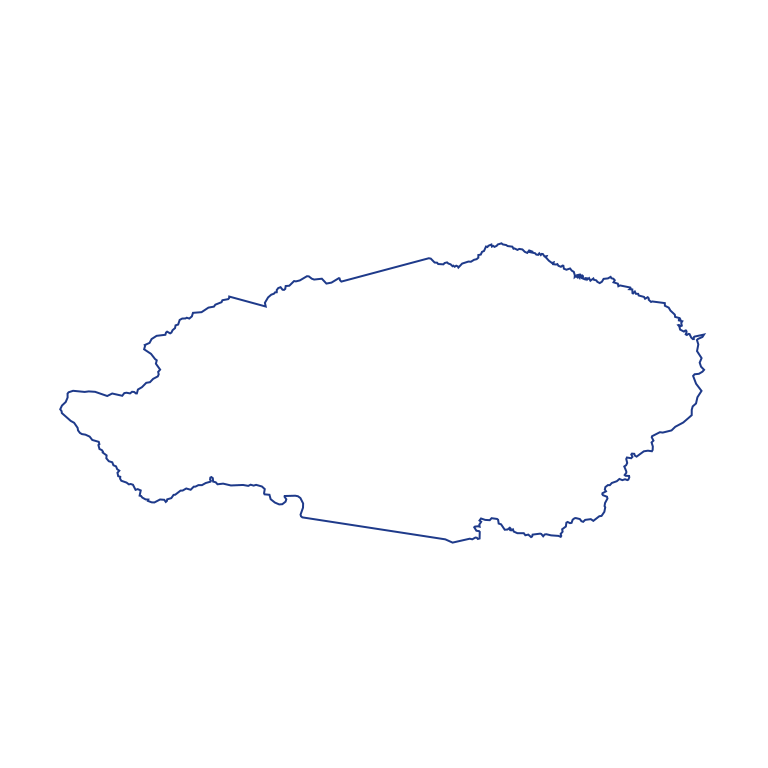 the district of Calobre, Veraguas, Panama, rotated 281°
{"feature_id": "35544464B72055613867107", "entity_name": "Calobre", "entity_type": "district", "adm_level": 2, "iso_a3": "PAN", "parent_name": "Panama", "parent_adm1": "Veraguas", "projection": "natural_earth1", "projection_center": [-80.825, 8.387], "detail": "fine", "context": "isolated", "style": "outline", "palette": "blue", "viewbox_px": 768, "rotation_deg": 281, "n_neighbors": 0, "source": "geoboundaries", "source_scale": "gbopen_adm2", "svg_char_len": 6149}
<svg xmlns="http://www.w3.org/2000/svg" viewBox="0 0 768 768"><g transform="rotate(281 384 384)"><path d="M544.5,472.5L542.7,469.1L541.1,468.2L539.7,466.3L540.4,464.8L539.5,463.7L541.4,462.8L539.6,460.1L538.2,459.4L538.4,457.9L533.7,456.8L532.4,455.0L529.5,454.3L528.6,452.0L526.0,452.5L524.2,451.1L523.1,448.7L520.6,446.0L520.3,443.5L517.1,437.7L512.5,434.8L513.5,434.0L513.9,432.3L512.6,431.0L513.4,429.5L512.7,428.8L514.2,426.5L514.5,424.2L515.4,422.7L514.3,420.4L512.8,419.5L512.1,414.3L513.2,413.0L512.9,410.5L516.0,406.0L516.0,404.0L476.4,322.6L477.4,321.1L479.2,320.2L479.3,319.5L473.5,313.1L471.6,308.3L475.5,302.9L473.2,295.5L473.6,293.0L475.3,289.7L475.1,287.8L469.6,281.6L467.9,277.9L467.9,276.1L462.4,272.3L461.4,268.8L458.5,268.9L457.3,267.9L457.2,266.4L459.3,264.0L458.0,261.9L455.8,260.8L453.6,261.2L453.2,259.6L451.6,258.7L450.2,256.3L446.9,253.7L441.0,251.6L437.5,253.1L440.3,215.4L438.9,215.6L437.6,214.9L435.4,209.4L433.3,208.9L429.7,203.3L427.5,202.3L425.5,197.1L419.7,191.2L417.4,182.9L413.7,182.5L411.1,180.4L411.4,177.7L410.4,176.5L409.8,173.5L407.9,171.2L403.1,170.6L401.8,168.2L399.0,168.2L396.5,166.2L393.9,165.5L392.9,164.4L394.0,161.1L392.9,160.2L390.6,160.0L387.9,151.6L383.8,147.3L379.6,146.0L376.6,141.7L376.0,142.2L372.3,141.9L369.1,149.6L364.8,154.5L363.9,156.4L360.4,156.2L355.4,161.5L352.8,160.0L350.5,161.0L348.3,160.5L345.0,156.4L341.1,153.9L339.8,150.4L334.7,147.0L331.6,143.5L327.6,143.2L327.4,142.3L328.5,140.3L328.3,138.2L326.3,136.5L326.3,132.9L325.5,130.8L322.5,129.3L322.8,119.0L319.4,114.6L321.2,101.9L320.4,95.6L319.1,91.7L318.0,80.1L315.7,76.0L314.2,75.2L310.4,76.0L305.6,75.0L301.4,72.0L297.4,71.0L295.8,72.7L294.0,73.3L288.0,83.5L286.8,87.2L282.5,91.6L280.1,92.5L278.0,94.8L277.2,97.0L277.3,100.6L276.2,105.1L273.4,108.3L272.8,115.0L270.6,116.1L269.6,115.3L265.9,117.1L265.3,119.6L264.0,121.0L263.1,120.9L261.0,125.3L258.1,125.6L255.7,128.6L255.3,132.2L252.6,133.9L252.0,136.7L249.5,138.3L248.4,140.7L246.0,139.3L242.8,140.7L242.6,142.8L240.7,143.0L238.9,144.6L238.1,150.1L236.8,152.7L237.5,154.4L237.2,156.8L232.7,160.3L233.8,162.3L233.1,165.5L227.8,165.4L227.7,166.9L226.4,168.4L225.2,172.0L225.6,174.7L224.2,174.5L223.5,178.5L223.9,181.2L227.9,186.2L228.4,190.4L226.6,192.3L227.8,193.2L229.4,193.2L231.4,197.0L235.0,198.6L235.5,200.2L240.5,204.6L241.0,206.7L243.7,209.8L243.3,214.4L246.9,216.8L247.3,218.5L249.3,221.1L250.0,224.6L252.8,227.9L255.0,232.3L255.9,232.6L257.0,231.5L259.0,231.4L259.7,232.3L258.9,233.9L255.6,234.9L255.4,237.6L253.8,239.7L255.5,245.1L255.2,253.1L258.0,264.9L258.1,270.2L259.7,272.3L259.4,275.4L260.6,277.7L260.1,283.7L258.1,287.0L253.9,287.1L252.9,287.8L253.4,292.7L249.3,294.7L246.8,299.5L245.8,304.1L246.6,307.1L249.7,309.8L252.2,310.1L254.3,307.9L255.1,307.9L257.4,318.2L257.4,320.9L256.1,323.7L251.3,327.4L247.1,328.1L239.9,327.0L238.3,327.8L237.5,329.3L243.2,473.8L241.4,481.6L248.5,497.7L248.4,500.3L250.7,503.0L250.8,504.4L249.8,505.7L250.6,507.3L257.1,506.2L257.7,505.4L257.6,502.7L260.6,499.9L261.4,500.5L262.3,503.5L262.2,505.1L264.2,504.4L267.3,505.7L268.2,503.8L270.5,504.9L269.9,509.2L270.5,513.8L272.8,515.2L273.1,520.7L272.5,521.9L268.9,523.2L268.6,525.7L264.0,530.3L264.7,533.0L266.9,534.9L266.3,535.8L265.2,535.2L264.6,535.8L264.7,537.1L265.9,538.3L263.9,539.5L263.0,543.4L264.2,549.7L262.5,551.6L263.7,554.4L261.8,557.6L262.6,558.5L264.5,558.6L266.9,565.8L266.8,567.0L264.9,569.3L266.9,570.4L267.5,572.0L267.3,576.9L268.2,584.3L267.7,586.6L268.7,587.0L270.5,586.0L273.1,587.5L275.4,586.6L278.8,589.7L282.7,589.5L283.6,590.6L282.9,593.1L283.5,594.6L286.8,595.1L288.5,596.6L289.0,597.8L288.8,602.0L287.0,604.0L286.7,605.8L289.0,607.4L290.8,612.8L289.6,615.6L295.3,620.6L296.0,622.7L300.6,624.7L305.2,624.7L306.2,623.8L309.4,623.7L314.2,625.2L315.9,624.4L316.6,620.2L317.5,619.3L318.5,619.3L321.0,622.4L322.6,620.9L325.1,621.0L327.5,623.1L327.8,625.0L330.3,626.5L333.0,631.1L335.7,633.2L335.1,636.3L336.5,638.8L336.1,641.2L336.7,642.1L339.2,642.6L340.5,642.1L340.0,638.6L340.6,637.6L343.1,638.8L344.5,638.5L348.9,635.6L350.5,637.2L352.9,637.8L356.6,636.1L358.2,636.5L358.3,640.8L359.9,641.8L362.0,640.2L363.0,640.7L363.2,643.0L361.6,643.9L360.9,645.8L367.5,651.9L368.9,655.8L369.1,659.8L370.6,660.3L374.0,659.8L377.7,657.8L379.8,659.3L382.8,657.0L383.9,657.1L389.3,664.0L389.5,666.9L393.3,675.1L397.6,678.1L403.3,685.1L412.1,692.0L417.4,691.0L420.9,691.3L424.4,694.0L430.8,694.2L437.8,697.0L443.8,690.3L450.9,685.9L452.8,687.0L454.1,691.2L456.9,694.3L459.0,695.5L461.5,691.9L465.2,689.8L470.0,690.8L476.0,685.0L482.8,685.0L486.9,682.8L488.2,683.7L490.9,687.6L493.6,688.7L489.8,679.8L489.1,679.2L487.2,679.5L487.0,678.6L488.2,676.7L491.3,674.4L491.3,673.4L489.9,671.9L490.3,670.7L492.9,671.1L494.1,670.4L494.1,669.7L492.7,668.4L493.9,664.3L496.9,662.9L497.9,661.6L498.2,662.2L497.4,664.2L498.1,665.2L500.7,664.1L502.5,664.8L502.7,661.3L503.4,661.2L504.2,662.4L505.1,661.6L505.4,657.0L507.6,656.2L510.7,651.2L513.3,648.9L514.4,644.8L517.0,644.2L516.2,631.5L515.5,630.5L517.2,627.8L518.6,627.5L519.5,626.3L517.5,624.0L519.1,622.6L519.5,617.1L521.0,616.3L520.6,614.1L522.6,612.6L520.4,611.2L520.6,610.6L524.2,609.7L523.9,607.1L524.9,607.9L525.7,607.4L525.8,596.9L524.7,595.4L527.1,594.4L527.6,589.9L529.9,590.7L531.1,589.1L531.2,587.1L532.4,586.0L530.4,583.7L529.1,579.5L526.0,578.4L524.2,576.5L525.0,573.9L526.2,572.7L526.4,570.1L527.5,569.4L524.8,566.9L527.1,565.1L525.4,563.6L526.5,563.2L526.4,562.0L525.7,562.5L525.0,561.7L525.7,558.0L526.3,557.4L527.2,558.9L528.0,558.6L528.4,557.9L527.8,557.0L528.9,555.6L527.9,553.3L527.2,554.2L527.4,555.9L525.6,555.8L526.5,554.9L525.4,553.9L526.5,551.8L525.3,550.8L527.1,550.6L530.3,548.9L531.1,546.7L532.9,544.6L531.0,541.3L531.5,538.6L534.3,537.5L534.3,536.6L532.8,535.3L533.3,532.7L534.8,531.3L534.1,530.2L533.9,527.2L535.7,527.3L534.8,525.8L536.5,522.3L539.1,518.8L540.5,519.2L539.8,517.3L541.9,515.1L541.8,514.0L540.5,513.3L541.9,511.5L540.2,510.7L540.1,508.8L541.2,507.3L541.3,502.2L542.4,503.5L542.8,501.0L540.0,499.6L540.6,497.0L542.5,494.2L542.4,491.0L541.1,489.4L542.0,486.2L541.5,485.3L543.3,483.8L543.0,479.0L543.7,477.5L543.7,473.9L544.5,472.5Z" fill="none" stroke="#1e3a8a" stroke-width="2"/></g></svg>